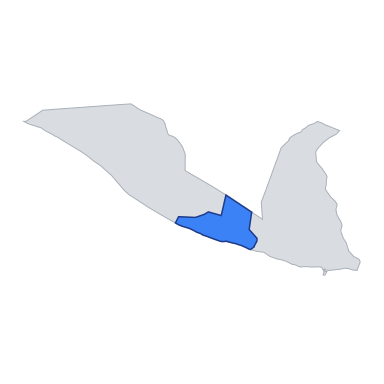 Mudug highlighted on a map of Somalia, rotated 86°
{"feature_id": "SOM-2412", "entity_name": "Mudug", "entity_type": "Region", "adm_level": 1, "iso_a3": "SOM", "parent_name": "Somalia", "parent_adm1": "", "projection": "equal_earth", "projection_center": [47.931, 6.026], "detail": "fine", "context": "in_parent", "style": "filled", "palette": "blue", "viewbox_px": 384, "rotation_deg": 86, "n_neighbors": 0, "source": "natural_earth", "source_scale": "10m", "svg_char_len": 3267}
<svg xmlns="http://www.w3.org/2000/svg" viewBox="0 0 384 384"><g transform="rotate(86 192 192)"><path d="M109.9,353.0L109.6,352.0L107.9,349.1L104.8,343.6L102.4,339.4L100.0,335.2L100.0,331.8L99.9,321.8L99.9,301.6L99.8,281.5L99.8,261.3L99.8,251.3L99.8,247.1L100.0,246.5L102.8,242.8L106.5,237.9L111.3,228.6L114.0,223.6L116.2,219.4L116.7,218.1L118.7,215.6L122.3,214.0L124.5,213.8L132.3,211.9L133.4,211.1L134.1,210.2L134.7,208.2L136.3,205.4L138.2,203.5L141.9,200.9L145.5,198.8L146.3,198.4L150.7,197.1L151.7,196.6L153.5,196.2L154.2,196.1L160.2,196.6L165.0,197.0L169.8,197.4L170.4,197.1L173.8,192.1L179.2,184.1L182.7,179.0L188.0,171.2L192.1,165.5L196.6,159.3L201.1,153.6L206.4,146.7L209.7,142.4L214.9,135.6L219.8,129.2L224.2,123.6L218.1,123.6L212.3,123.6L206.5,123.6L205.5,122.9L200.6,120.7L194.5,117.9L186.8,114.5L181.4,112.0L175.6,109.5L169.7,106.9L165.1,104.8L159.4,102.3L154.4,100.1L153.7,99.5L150.9,96.2L147.3,91.7L146.6,91.7L144.9,90.7L143.4,88.4L141.8,85.3L140.3,81.5L139.7,78.9L137.7,77.8L136.7,75.7L134.9,72.7L133.7,71.2L133.3,69.9L132.7,67.3L131.7,64.4L130.7,62.6L130.5,61.8L130.6,61.3L132.4,57.4L133.2,56.0L134.2,54.6L134.9,53.3L135.2,52.4L137.5,47.7L139.5,43.7L141.0,40.5L144.4,44.1L147.7,51.5L151.6,57.4L156.9,63.0L159.0,64.8L160.9,65.8L170.7,65.7L177.7,60.6L184.0,57.0L186.1,56.2L189.8,57.2L193.8,57.5L197.4,58.6L199.3,58.4L206.5,54.1L211.0,50.0L214.1,48.2L215.3,48.2L219.5,49.7L224.9,49.0L232.2,45.5L234.6,44.8L236.4,44.7L240.4,46.3L241.0,46.2L243.2,45.9L248.9,44.2L253.4,41.7L261.6,39.8L267.8,35.1L268.9,32.9L270.8,30.0L273.6,29.1L280.6,32.4L281.7,32.7L281.3,34.7L281.1,36.8L279.6,40.4L278.7,44.4L279.4,50.5L279.8,60.5L279.6,61.9L279.2,63.3L279.0,64.5L278.2,64.8L277.9,65.5L278.4,65.7L280.6,64.7L280.6,63.5L280.7,62.9L282.5,64.2L283.8,64.8L284.2,66.0L284.1,66.9L282.1,66.5L281.0,65.8L278.0,66.9L276.1,68.1L275.6,70.0L275.2,77.8L274.4,82.9L274.3,89.6L271.9,94.0L271.1,97.2L267.4,103.4L265.5,108.8L264.9,111.4L261.7,118.8L257.2,124.4L255.7,131.6L254.1,136.1L252.3,140.2L248.4,147.5L246.4,152.6L243.9,161.4L243.1,167.0L236.0,183.2L228.7,196.1L224.1,207.0L215.9,219.6L204.7,235.9L190.0,255.3L186.0,259.2L169.9,271.1L159.5,281.2L154.2,288.0L148.6,293.9L144.1,299.6L130.7,318.6L129.3,320.4L128.0,322.1L126.4,325.3L125.2,326.6L122.0,332.0L120.0,334.9L117.7,337.7L116.8,339.6L116.1,341.9L115.4,343.2L113.4,348.6L111.6,352.1L109.8,354.9L109.9,353.0Z" fill="#d9dde1" stroke="#a8b0b8" stroke-width="1"/><path d="M197.4,158.3L197.8,157.8L198.2,157.4L199.0,156.3L199.7,155.3L200.1,154.8L201.0,153.7L201.8,152.6L202.7,151.5L203.5,150.4L204.4,149.3L205.3,148.1L206.1,147.0L207.0,145.9L207.8,144.8L208.7,143.7L209.6,142.6L210.4,141.4L211.3,140.3L212.1,139.2L213.0,138.1L213.9,137.0L214.7,135.9L215.6,134.8L216.3,133.8L216.7,134.0L216.9,134.0L233.4,137.6L242.7,130.4L245.6,130.7L250.0,133.5L251.0,133.8L253.5,137.6L252.6,139.8L251.4,141.6L248.7,146.7L247.4,150.2L246.6,151.8L245.7,155.1L243.5,161.2L243.5,161.8L243.5,162.3L243.7,163.3L243.7,163.8L243.5,165.9L242.9,167.7L241.4,171.2L239.6,175.3L236.9,181.0L236.0,183.5L235.5,184.4L234.2,186.0L232.5,190.0L230.4,193.1L228.1,197.2L225.5,204.2L223.6,207.9L221.7,210.7L215.7,207.1L217.6,190.4L215.2,181.4L213.0,177.1L217.5,164.5L210.8,162.4L204.1,160.4L197.4,158.3Z" fill="#3b82f6" stroke="#1e3a8a" stroke-width="1.5"/></g></svg>